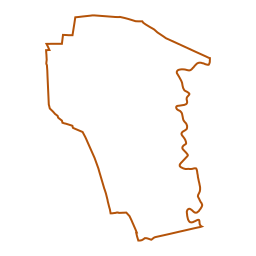 Vladesti, Galati, Romania (Mercator projection)
{"feature_id": "2599482B37286329555394", "entity_name": "Vladesti", "entity_type": "district", "adm_level": 2, "iso_a3": "ROU", "parent_name": "Romania", "parent_adm1": "Galati", "projection": "mercator", "projection_center": [28.094, 45.834], "detail": "fine", "context": "isolated", "style": "outline", "palette": "amber", "viewbox_px": 256, "rotation_deg": 0, "n_neighbors": 0, "source": "geoboundaries", "source_scale": "gbopen_adm2", "svg_char_len": 5132}
<svg xmlns="http://www.w3.org/2000/svg" viewBox="0 0 256 256"><path d="M201.7,226.5L201.5,226.4L201.1,226.1L200.6,225.7L199.9,224.6L199.7,224.0L199.6,223.4L199.5,222.8L199.5,222.0L199.3,220.6L199.0,220.0L198.4,219.8L197.7,219.9L196.5,220.4L195.4,221.0L194.2,221.5L193.0,222.1L191.7,222.4L190.1,222.2L189.2,221.5L188.9,221.0L188.5,220.4L188.0,219.3L187.8,218.5L187.5,217.2L187.2,215.8L187.1,214.6L186.9,213.2L186.8,211.9L186.9,211.2L187.4,210.0L187.8,209.5L188.3,209.1L189.0,208.8L189.6,208.8L190.2,209.0L191.3,209.7L192.2,210.4L193.2,211.4L194.2,212.2L194.8,212.5L195.3,212.7L196.0,212.7L196.7,212.6L197.3,212.3L197.7,211.9L198.8,211.1L199.5,210.0L200.7,208.5L201.3,207.4L201.7,206.8L202.1,205.6L202.2,205.0L201.9,204.1L201.7,203.6L201.5,203.1L200.7,202.1L200.4,201.5L199.8,200.4L199.3,199.2L198.7,198.1L198.1,196.9L197.9,196.3L198.0,195.6L198.1,195.0L198.4,194.4L199.0,193.2L199.5,192.1L199.8,191.4L200.0,190.1L200.1,189.5L200.1,188.8L200.1,187.5L200.0,186.8L199.9,186.2L199.6,184.9L199.4,183.7L199.1,182.4L198.8,181.2L198.3,178.7L197.9,176.9L197.8,175.6L197.7,175.0L197.3,173.0L197.2,171.9L197.0,170.8L196.7,169.6L196.2,168.5L195.6,168.3L195.0,168.3L194.4,168.3L193.2,168.6L192.1,168.9L190.9,169.0L189.6,169.0L189.0,168.9L187.8,168.9L186.6,169.0L185.3,169.0L184.8,168.8L183.6,168.5L183.1,168.3L181.9,167.7L180.9,167.2L180.4,166.8L179.8,166.1L179.7,165.2L179.8,164.6L180.1,164.0L180.5,163.6L181.2,162.6L181.7,162.2L182.1,161.8L182.9,160.9L185.0,158.7L185.8,157.8L187.0,156.6L187.4,156.1L187.8,155.5L187.8,155.0L187.5,154.4L187.1,153.9L186.4,153.0L185.6,152.1L184.8,151.3L183.1,149.5L182.7,149.0L182.5,148.5L182.3,147.9L182.6,146.7L183.3,145.8L183.8,145.3L184.3,145.0L185.8,144.0L186.1,143.5L186.1,142.9L185.9,141.7L185.5,140.6L185.3,140.0L185.0,139.5L184.4,138.4L183.7,137.5L183.0,136.5L182.2,135.6L181.6,134.5L181.5,133.4L182.1,132.3L183.0,131.5L183.5,131.2L184.6,130.6L185.6,129.9L186.0,129.6L186.6,129.1L186.9,128.5L187.0,127.8L187.1,127.2L187.1,125.9L186.9,125.3L186.2,123.6L185.8,123.1L185.3,122.6L184.5,121.7L183.7,120.6L183.4,120.0L183.2,119.4L182.9,118.1L182.7,116.9L182.4,115.5L182.3,115.0L182.0,113.7L181.8,113.2L181.5,112.6L181.1,112.1L180.2,111.1L179.7,110.8L179.1,110.5L178.5,110.3L178.0,110.0L176.9,109.2L176.2,107.8L176.2,107.4L176.3,106.7L176.7,106.2L177.3,106.0L177.9,105.8L179.2,105.7L181.7,105.3L184.3,104.9L186.0,104.2L186.5,103.8L186.8,103.3L187.1,102.7L187.1,101.5L187.0,100.8L186.8,100.2L186.6,99.0L186.8,97.7L187.1,97.1L187.5,96.6L188.4,95.6L189.2,94.6L189.4,94.0L189.2,93.5L188.7,93.0L188.2,92.6L187.2,91.9L186.0,91.3L184.9,90.7L184.4,90.3L183.7,89.1L183.1,87.9L182.5,85.4L182.1,83.0L181.9,82.4L181.5,81.4L181.1,80.5L180.5,79.4L179.9,78.3L179.1,76.8L178.3,75.5L177.6,74.3L177.0,73.4L176.8,72.8L176.8,72.1L176.9,71.5L177.3,70.8L177.8,70.3L178.3,70.0L179.2,69.7L180.3,69.5L181.6,69.3L182.5,69.3L183.7,69.4L184.9,69.5L186.1,69.8L187.2,70.1L188.8,70.4L189.3,70.4L189.9,70.3L190.4,70.1L191.1,69.7L191.7,69.2L192.4,68.5L192.9,67.8L193.4,67.5L194.4,66.2L195.2,65.3L196.0,64.5L196.8,63.7L197.4,63.3L198.1,63.0L198.7,62.8L199.5,62.7L200.3,62.7L201.2,62.8L201.8,63.0L202.4,63.2L202.9,63.3L203.6,63.4L204.4,63.8L205.1,64.1L205.7,64.3L206.9,64.6L208.1,64.8L208.7,64.7L209.0,64.2L209.3,63.6L209.5,63.0L209.7,62.4L209.8,61.9L209.8,60.7L209.9,59.5L209.9,58.1L209.3,58.0L208.3,57.6L206.0,56.5L195.4,51.7L185.2,47.0L176.7,43.1L165.9,38.2L163.7,36.6L157.4,32.4L154.2,29.5L152.2,28.3L150.2,27.2L145.6,24.4L143.2,22.7L142.3,21.3L137.6,21.3L135.5,21.2L131.1,19.8L130.4,19.6L128.4,19.0L124.7,18.0L121.6,17.3L120.3,17.0L119.8,16.9L119.6,17.0L119.2,17.1L115.1,17.0L114.1,16.9L94.4,15.4L93.5,15.4L92.2,15.4L90.9,15.6L86.3,16.1L82.6,16.5L78.4,17.0L76.3,17.2L75.3,17.3L75.2,17.9L75.0,19.2L74.4,23.3L72.5,35.2L69.7,35.2L68.6,35.2L65.8,35.0L63.0,34.9L61.9,43.8L55.2,43.8L52.1,43.8L46.5,43.9L47.9,46.6L49.4,50.0L48.3,50.0L47.6,50.1L46.8,50.2L46.1,50.2L46.2,52.0L46.3,53.5L46.4,54.3L46.5,56.3L46.7,59.9L46.5,61.3L46.3,63.4L46.4,64.0L46.7,64.7L46.9,65.2L47.3,70.6L47.5,76.0L48.7,102.5L48.8,104.6L49.0,105.2L49.8,108.5L52.4,111.0L52.9,111.5L54.0,112.7L55.0,113.9L56.5,115.0L57.7,116.0L58.1,117.6L58.7,118.1L59.4,118.7L59.7,118.9L61.9,120.6L62.5,122.8L63.1,122.9L64.1,123.3L65.0,123.5L65.9,123.7L71.3,125.4L72.4,125.8L72.9,127.8L74.6,128.6L82.6,132.0L85.2,136.9L86.2,139.0L87.1,141.1L94.6,158.0L98.4,168.5L99.2,171.4L102.9,183.9L104.3,188.7L104.6,189.4L105.9,193.4L107.5,199.8L107.6,200.4L107.8,201.5L109.3,207.4L109.8,209.1L110.0,209.8L110.0,210.0L110.6,213.3L112.3,213.3L113.7,213.1L115.4,212.9L115.8,212.9L116.3,212.6L117.1,212.5L117.3,212.6L117.9,212.5L119.0,212.9L126.1,212.6L126.3,212.6L129.5,216.1L130.7,218.6L131.6,220.5L132.7,223.1L133.3,224.4L133.8,225.6L135.3,229.0L136.8,232.6L136.2,232.7L136.9,235.7L137.0,236.2L138.3,240.5L140.2,240.5L141.7,240.2L142.3,239.9L143.3,239.3L144.5,238.4L145.0,238.1L145.3,238.2L145.8,238.2L146.0,238.2L146.5,238.2L146.9,238.3L147.3,238.4L147.7,238.5L150.9,239.6L151.3,239.7L151.8,239.4L153.8,237.8L154.5,237.4L155.4,237.1L168.9,234.1L180.1,231.5L182.8,230.9L191.9,228.8L193.2,228.5L198.2,227.4L199.7,227.1L200.5,226.9L200.8,226.8L201.7,226.5Z" fill="none" stroke="#b45309" stroke-width="2"/></svg>